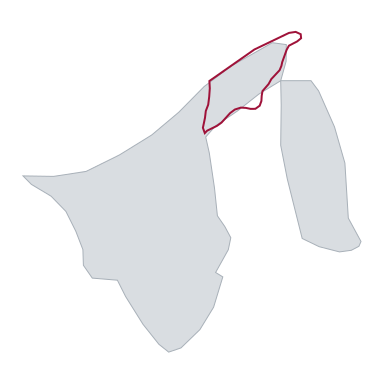 Brunei and Muara highlighted on a map of Brunei
{"feature_id": "BRN-1182", "entity_name": "Brunei and Muara", "entity_type": "District", "adm_level": 1, "iso_a3": "BRN", "parent_name": "Brunei", "parent_adm1": "", "projection": "natural_earth1", "projection_center": [114.909, 4.894], "detail": "fine", "context": "in_parent", "style": "outline", "palette": "rose", "viewbox_px": 384, "rotation_deg": 0, "n_neighbors": 0, "source": "natural_earth", "source_scale": "10m", "svg_char_len": 1241}
<svg xmlns="http://www.w3.org/2000/svg" viewBox="0 0 384 384"><path d="M280.7,80.7L258.7,94.2L237.3,111.1L215.8,125.6L205.7,137.0L209.3,153.0L214.5,188.1L217.4,215.8L224.9,226.7L230.8,237.7L228.3,249.7L215.6,272.5L222.8,276.9L213.6,307.2L199.9,329.6L181.0,347.9L168.7,352.1L158.9,344.3L143.0,324.3L125.6,296.5L117.4,280.2L92.3,278.1L83.4,265.3L82.9,249.6L75.8,231.2L65.9,211.4L51.1,196.2L31.4,184.4L23.0,175.9L53.6,176.4L86.1,171.4L119.5,154.9L151.7,135.0L178.8,112.2L204.2,86.5L230.9,66.2L272.3,42.7L286.3,44.6L286.1,61.3L280.7,80.7ZM311.0,80.7L318.6,90.9L334.5,126.9L344.9,163.1L348.3,218.1L361.0,241.5L358.9,246.3L351.3,250.3L339.5,251.9L319.2,246.7L302.2,238.5L287.3,179.0L280.7,145.3L281.2,105.1L280.7,80.7L311.0,80.7Z" fill="#d9dde1" stroke="#a8b0b8" stroke-width="1"/><path d="M268.6,84.0L262.5,91.1L261.7,95.8L261.4,101.0L259.7,105.7L255.4,108.8L250.7,108.9L245.8,107.9L240.9,107.6L234.9,109.5L230.1,113.1L221.5,122.6L216.9,125.9L207.1,130.7L204.8,133.1L202.9,127.8L205.0,117.8L205.8,111.0L208.2,104.7L209.2,96.8L209.8,88.3L209.4,81.0L254.4,49.5L289.0,32.9L295.7,31.9L300.7,34.2L301.1,38.2L297.2,41.4L288.9,45.7L286.6,49.9L282.2,62.2L281.4,65.9L279.6,70.2L271.3,79.1L268.6,84.0Z" fill="none" stroke="#9f1239" stroke-width="2"/></svg>